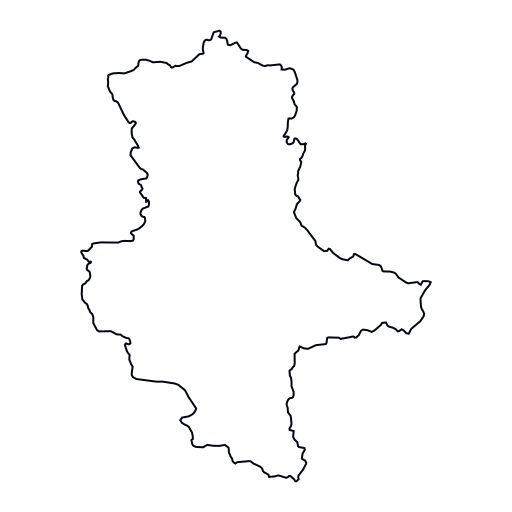 Sachsen-Anhalt, orthographic projection
{"feature_id": "DEU-1600", "entity_name": "Sachsen-Anhalt", "entity_type": "State", "adm_level": 1, "iso_a3": "DEU", "parent_name": "Germany", "parent_adm1": "", "projection": "orthographic", "projection_center": [11.644, 51.989], "detail": "fine", "context": "isolated", "style": "outline", "palette": "ink", "viewbox_px": 512, "rotation_deg": 0, "n_neighbors": 0, "source": "natural_earth", "source_scale": "10m", "svg_char_len": 5989}
<svg xmlns="http://www.w3.org/2000/svg" viewBox="0 0 512 512"><path d="M99.0,331.4L97.0,330.1L93.3,323.1L93.3,317.1L92.4,314.3L90.2,312.1L89.4,310.0L88.4,308.5L87.7,305.7L87.0,304.2L84.9,302.6L82.4,299.5L81.7,294.2L82.1,285.8L83.1,284.5L85.3,283.4L86.7,281.3L88.6,280.2L90.1,277.7L90.3,276.0L89.9,272.7L89.5,271.7L86.9,269.7L86.7,268.9L87.4,264.9L88.6,263.7L90.5,262.9L91.0,262.0L90.6,261.6L88.9,261.8L87.1,259.6L83.8,257.9L83.5,255.9L81.4,252.7L81.3,251.3L82.6,250.6L86.4,251.1L88.1,250.7L92.0,246.6L92.2,243.9L93.3,243.5L100.7,242.4L118.0,242.6L121.4,241.3L124.1,240.9L130.5,241.1L132.8,240.7L133.5,239.7L133.7,238.8L133.7,235.7L131.1,233.5L130.9,232.8L131.0,232.2L132.2,231.1L136.8,229.7L139.5,228.2L142.7,225.5L144.1,223.8L145.3,221.1L144.9,217.7L144.4,217.0L142.7,216.7L141.4,215.8L140.4,213.8L140.6,212.3L141.7,209.7L142.8,208.6L148.1,206.6L148.7,205.7L149.0,204.5L148.9,201.8L148.2,200.2L147.5,200.3L146.9,201.5L146.2,201.8L145.9,198.0L143.8,197.9L140.0,192.4L140.1,191.5L142.2,189.5L142.5,188.4L141.5,186.8L141.1,185.2L138.5,183.6L138.0,181.2L138.3,180.4L140.6,179.4L146.4,178.4L147.1,177.4L147.7,174.5L146.9,172.9L143.1,169.6L141.0,168.9L139.7,167.8L130.5,155.2L130.8,152.2L132.3,148.4L134.7,147.3L137.7,147.9L138.7,147.6L137.7,145.3L134.2,139.5L132.5,137.5L131.7,133.8L131.7,129.4L132.0,128.3L135.3,124.2L135.8,123.2L135.7,122.5L135.2,121.9L133.2,121.2L132.1,121.6L130.6,123.0L129.4,122.9L128.3,121.8L123.9,114.9L117.9,102.4L115.9,101.1L114.6,101.1L113.3,99.7L112.7,97.2L112.4,94.3L109.9,91.4L107.8,86.1L108.2,82.9L107.8,79.3L108.3,77.6L108.1,75.7L108.6,75.0L112.9,73.4L118.9,73.0L124.4,73.4L131.7,70.9L134.1,69.6L135.4,68.0L137.8,66.1L138.3,65.2L138.5,62.6L139.1,61.0L139.5,60.4L141.1,59.8L145.7,59.7L149.6,60.8L152.9,62.3L160.4,61.8L166.6,63.0L168.1,64.4L169.7,65.1L171.0,67.2L171.6,67.6L173.0,67.3L175.6,65.7L176.6,66.1L179.3,66.0L187.1,62.7L191.6,61.5L199.5,54.1L203.1,53.7L203.6,53.2L202.9,49.9L202.8,47.9L203.6,43.1L204.6,40.6L206.5,39.6L208.3,40.2L210.0,40.2L211.2,39.3L213.7,32.3L219.4,30.7L220.7,31.6L220.7,33.5L220.0,35.5L219.0,36.6L220.7,37.6L224.9,37.7L226.4,38.8L227.3,41.5L227.5,43.5L228.1,44.8L230.4,45.2L234.9,42.9L236.9,42.4L240.8,48.4L242.6,49.8L246.6,50.0L248.2,50.9L247.5,53.4L246.0,55.7L245.8,56.6L254.1,62.2L257.7,62.9L262.9,65.7L265.1,66.1L267.1,65.3L270.3,65.4L279.8,64.4L281.1,65.6L281.8,67.1L281.6,69.5L284.9,69.7L289.8,68.2L293.4,69.6L294.8,72.0L297.4,80.1L297.5,81.5L296.9,83.9L292.8,87.4L292.5,88.0L292.4,88.8L292.8,90.4L294.0,92.4L294.3,93.8L292.6,95.7L292.0,97.2L292.4,98.9L293.8,101.2L294.6,104.3L296.9,106.9L296.7,110.6L295.4,114.7L294.0,117.3L291.6,118.5L288.5,118.5L287.9,121.8L287.7,126.9L287.2,130.4L283.6,136.2L283.7,136.6L284.5,136.9L287.7,136.5L288.6,137.0L288.7,137.4L286.8,140.0L286.6,140.6L286.8,142.5L287.9,144.0L289.6,144.4L292.7,143.3L293.7,142.1L294.3,139.0L295.1,138.4L296.5,138.7L297.4,139.5L300.1,143.6L300.9,144.3L304.0,144.1L305.4,143.4L305.9,143.8L305.0,145.9L305.2,149.1L304.9,150.6L303.4,153.3L302.3,156.5L301.5,157.8L299.9,159.0L300.1,160.3L301.2,162.0L301.2,162.8L300.2,166.8L298.0,171.4L298.2,173.0L297.7,175.3L298.4,179.2L298.3,180.0L296.7,182.8L294.8,188.4L294.7,189.5L295.2,194.3L296.6,196.0L297.9,196.2L298.3,196.6L299.2,198.5L300.3,199.9L299.9,201.0L296.9,204.2L295.3,209.5L294.3,211.1L294.0,212.4L296.3,218.2L300.2,222.1L301.6,225.7L304.7,227.5L307.2,230.1L315.4,241.1L316.0,244.8L317.8,246.7L323.9,251.1L327.1,250.9L328.7,248.7L329.9,249.0L333.3,253.1L339.5,257.8L341.8,259.1L347.9,260.3L349.7,258.5L352.9,256.7L353.5,255.9L353.9,254.1L355.5,254.1L372.4,264.1L378.9,264.9L380.9,266.3L382.6,271.0L383.3,271.4L390.3,271.6L394.5,272.7L396.1,274.1L398.4,277.4L405.9,282.4L408.3,283.3L417.0,282.1L417.9,282.3L419.1,283.8L420.8,284.8L422.3,281.8L423.1,281.1L428.2,281.2L430.7,282.2L429.6,284.9L425.2,290.1L420.7,298.0L420.5,299.5L421.0,306.8L421.8,309.1L423.1,311.2L424.1,313.6L423.7,316.2L420.2,321.3L411.3,328.8L408.7,333.8L406.3,333.2L403.5,330.3L401.6,329.3L399.3,331.0L397.6,331.3L395.8,329.2L392.8,327.7L389.2,326.7L387.5,325.6L386.0,322.5L382.2,322.9L381.0,324.8L374.3,330.6L371.7,331.9L367.8,330.3L363.0,329.6L361.0,330.8L358.8,335.1L356.1,337.6L354.5,337.6L353.9,336.7L353.3,336.5L340.6,338.9L338.9,337.7L328.4,337.4L327.2,337.9L326.5,342.8L326.1,343.8L325.6,344.1L315.8,345.2L308.1,348.8L304.1,348.4L299.8,346.5L299.2,347.3L298.5,350.3L294.6,353.7L294.7,363.6L294.1,366.1L292.9,367.1L291.8,368.9L289.6,370.6L289.5,371.3L289.9,375.6L291.1,378.0L291.6,382.8L291.5,386.3L293.5,391.4L293.7,393.0L293.5,395.7L292.8,397.4L291.9,397.9L290.0,398.1L288.4,399.4L287.2,401.7L286.8,403.0L286.6,404.6L287.7,407.9L287.9,412.3L290.5,415.7L291.0,417.9L291.5,424.1L290.9,426.3L289.5,428.3L289.6,429.9L293.7,431.1L293.1,436.9L294.4,439.4L297.4,442.3L297.9,445.8L298.4,446.6L298.9,447.0L304.5,448.1L304.8,449.7L302.5,453.9L301.9,458.3L302.2,459.0L304.9,460.4L306.1,462.3L306.2,463.2L306.1,463.8L303.0,469.7L298.4,475.7L298.2,477.4L298.7,479.2L296.3,481.3L295.2,481.2L294.2,479.4L290.7,476.2L289.9,475.9L289.3,475.9L288.2,476.9L286.2,477.8L278.5,475.4L274.6,476.4L269.1,476.9L268.8,476.5L268.5,474.7L264.1,472.3L262.9,470.9L262.1,468.4L260.1,466.6L253.6,463.6L250.7,461.4L249.1,461.1L237.1,462.2L235.4,463.5L234.5,463.1L232.7,461.4L232.0,458.5L230.4,456.2L230.0,454.7L228.9,452.6L228.7,448.4L228.4,447.5L224.9,444.9L219.5,445.9L213.4,445.8L207.2,444.9L203.1,447.3L195.8,446.9L193.2,445.6L192.3,444.2L191.4,440.2L191.7,439.6L192.7,439.2L192.9,438.8L192.7,435.7L191.9,432.3L189.1,427.4L187.7,425.9L184.9,424.7L181.9,422.8L180.3,420.2L182.1,417.6L188.9,416.3L192.3,414.4L193.8,413.0L195.1,411.2L196.2,408.5L188.6,397.1L185.0,390.2L178.1,384.7L174.7,383.5L162.4,381.6L156.8,381.7L136.3,379.0L132.8,377.0L131.7,375.0L131.9,371.6L132.7,366.7L131.3,364.4L129.3,359.7L129.6,354.8L127.7,352.6L126.9,351.1L125.1,345.6L125.0,344.4L126.0,343.4L128.6,344.3L129.8,343.9L130.4,343.3L130.2,341.3L129.1,338.7L128.5,338.2L126.7,338.1L122.4,336.2L120.7,334.6L116.8,334.4L110.9,331.2L99.0,331.4Z" fill="none" stroke="#020617" stroke-width="2"/></svg>